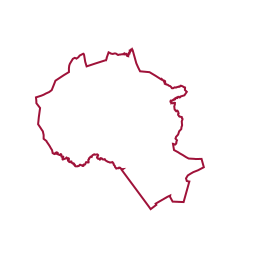 Veselavas pag., Priekulu, Latvia, rotated 310°
{"feature_id": "27541924B69418536197528", "entity_name": "Veselavas pag.", "entity_type": "district", "adm_level": 2, "iso_a3": "LVA", "parent_name": "Latvia", "parent_adm1": "Priekulu", "projection": "orthographic", "projection_center": [25.543, 57.263], "detail": "fine", "context": "isolated", "style": "outline", "palette": "rose", "viewbox_px": 256, "rotation_deg": 310, "n_neighbors": 0, "source": "geoboundaries", "source_scale": "gbopen_adm2", "svg_char_len": 5589}
<svg xmlns="http://www.w3.org/2000/svg" viewBox="0 0 256 256"><g transform="rotate(310 128 128)"><path d="M60.3,86.5L60.6,87.1L60.6,88.1L60.7,88.3L61.5,88.3L61.7,88.6L61.8,89.3L62.0,89.5L62.2,89.4L62.3,88.9L62.7,88.6L63.4,88.9L63.6,89.1L63.7,90.1L63.7,90.3L62.7,90.8L62.7,91.1L63.1,91.8L63.2,92.7L63.4,93.0L64.7,93.2L64.9,93.6L64.8,94.0L64.6,94.2L63.5,95.1L63.3,95.6L63.4,95.9L64.2,96.3L64.4,96.7L64.3,97.0L62.6,97.4L62.0,97.9L61.9,98.2L62.1,98.4L64.7,99.9L65.6,99.8L65.9,99.9L65.9,100.1L65.4,101.5L65.4,101.8L65.7,102.0L66.2,101.7L66.5,101.7L66.6,101.9L66.6,102.2L66.5,102.5L65.8,103.0L64.5,102.9L64.4,103.0L64.7,103.6L64.7,104.0L64.3,104.5L64.2,104.7L64.2,105.0L64.8,105.4L65.8,105.8L65.9,106.1L65.2,106.6L65.5,107.1L65.4,107.3L65.2,107.9L65.4,108.3L65.9,108.8L66.0,109.1L66.0,109.3L65.3,109.5L65.1,109.8L65.1,110.0L65.7,110.6L65.7,110.8L65.6,111.1L64.9,111.7L64.9,112.3L65.0,112.6L66.1,113.9L66.6,114.0L66.9,114.5L67.3,114.7L67.7,114.8L68.8,114.7L69.1,114.9L69.4,116.1L69.6,116.5L69.9,116.7L69.9,116.9L69.7,117.3L69.7,117.5L70.0,118.0L70.4,118.2L70.6,118.2L71.3,117.6L71.6,117.6L72.1,118.3L72.3,118.5L72.8,118.5L74.2,118.0L75.0,117.9L75.1,118.1L75.2,118.5L76.0,119.7L76.3,119.9L76.7,119.7L77.3,118.7L77.7,118.4L78.1,118.1L78.7,118.3L79.1,118.2L79.6,117.6L80.7,117.9L81.9,117.7L82.2,117.9L82.3,118.1L82.3,118.6L82.4,118.8L83.9,118.3L84.8,118.5L86.1,119.0L86.1,119.5L86.4,119.9L88.1,121.5L88.1,122.2L88.0,122.6L87.5,122.9L85.7,123.0L85.4,123.4L85.3,123.7L85.5,124.0L85.5,124.3L85.3,124.6L85.2,125.0L86.0,125.5L86.1,125.8L85.8,126.3L85.7,126.8L85.9,126.9L87.4,126.5L87.6,126.8L87.7,127.1L87.6,127.4L87.9,127.8L87.9,128.0L87.6,128.5L87.7,128.9L88.1,129.5L89.1,130.1L89.2,130.5L88.7,131.3L88.7,131.7L89.0,133.0L89.0,133.8L89.2,134.4L89.5,134.9L89.9,136.3L90.0,136.5L90.6,136.9L91.0,137.5L91.3,137.7L91.8,137.8L91.9,138.1L91.6,138.8L91.7,139.2L91.6,139.5L91.2,139.9L91.2,140.3L90.6,140.9L90.6,142.0L89.8,143.1L89.7,144.3L88.8,144.4L89.2,144.5L89.5,144.8L89.4,145.1L90.3,145.6L90.8,146.4L91.9,146.6L91.9,147.0L92.2,147.2L92.5,147.6L92.5,147.9L92.2,148.3L92.3,148.9L92.9,150.2L93.3,150.6L91.8,150.3L81.1,194.9L80.4,197.5L87.3,199.1L87.8,197.8L100.5,202.4L103.4,203.7L102.3,204.4L100.3,209.5L107.0,218.2L126.4,209.4L125.9,208.6L125.2,207.1L126.7,204.8L130.1,204.3L133.2,205.3L136.2,206.4L140.6,208.8L146.7,211.3L151.6,204.2L147.8,199.9L147.1,198.8L143.6,194.1L143.0,191.2L142.5,187.4L141.8,183.7L141.7,182.3L141.4,180.8L140.7,177.4L144.8,172.6L145.1,173.1L145.3,174.4L145.6,174.8L147.0,174.9L147.8,174.6L148.1,174.1L150.1,173.4L150.4,171.2L152.1,170.5L155.2,170.6L158.4,169.3L161.4,169.5L163.2,168.3L163.7,168.2L165.0,167.6L166.3,166.2L167.1,165.5L167.3,165.3L167.3,165.2L167.5,165.0L168.4,164.6L169.5,164.3L169.9,164.0L170.2,163.6L170.1,163.2L170.4,162.9L170.5,162.6L170.8,162.3L170.7,162.2L170.8,161.9L170.6,161.6L170.6,161.4L170.4,160.9L169.8,160.2L169.8,159.5L170.2,158.9L170.2,158.1L170.6,157.6L171.1,157.3L171.7,157.4L172.9,155.6L172.9,154.5L171.8,154.2L171.9,153.2L172.2,152.8L172.1,152.0L172.6,151.3L173.3,150.6L174.2,149.6L176.1,148.8L177.4,147.8L177.1,147.2L175.8,146.6L175.3,145.8L175.5,145.7L175.4,145.3L175.2,145.3L174.9,145.2L175.1,145.0L175.0,144.9L175.3,143.9L175.5,143.9L175.6,143.5L175.8,143.4L175.9,143.7L176.7,143.4L176.8,143.7L176.7,143.9L176.8,144.0L177.4,144.2L177.6,144.4L177.9,144.3L178.7,144.5L178.7,144.8L179.5,145.2L179.8,145.5L180.1,145.5L180.2,145.3L180.4,145.5L180.7,145.3L181.1,145.5L181.5,145.6L181.6,145.4L181.7,145.5L181.9,145.4L182.5,145.6L182.5,145.8L182.5,146.1L182.7,146.5L183.3,146.3L184.0,146.3L184.5,146.8L184.5,147.8L184.6,148.0L185.2,148.2L185.9,148.0L189.3,150.2L193.5,149.8L193.6,148.6L193.7,147.2L194.1,146.8L195.5,145.9L195.7,145.5L195.4,144.8L195.1,144.5L195.1,143.2L194.4,141.3L194.3,141.2L194.0,141.4L193.0,141.0L193.1,140.8L192.3,140.2L191.9,140.2L191.1,139.3L190.5,139.2L189.7,138.7L189.5,138.1L189.0,137.5L187.8,137.2L187.1,136.6L186.7,136.0L186.8,135.7L187.1,134.9L187.1,134.2L187.2,133.5L186.8,132.3L186.6,131.9L186.6,131.5L186.7,131.2L186.6,130.6L186.2,130.0L186.2,129.2L185.7,128.7L185.6,128.3L185.5,127.7L186.3,127.0L186.5,127.2L186.8,127.0L186.9,126.7L187.1,126.9L187.7,126.3L187.7,126.0L187.5,125.6L187.6,125.3L187.5,125.1L186.9,125.2L187.1,124.7L187.1,123.9L187.2,122.3L186.6,122.4L185.7,115.5L184.6,108.6L179.2,100.8L180.9,96.9L182.9,92.8L190.5,81.7L191.1,80.3L190.9,80.3L190.8,80.5L190.7,80.9L190.6,81.0L190.4,80.8L190.4,80.6L189.7,80.4L189.5,80.1L189.5,79.7L189.3,79.7L189.3,79.8L189.3,80.1L188.7,80.6L188.1,80.3L188.1,80.0L188.3,79.9L188.2,79.7L187.7,80.1L187.3,80.7L187.0,81.0L186.7,80.9L186.3,80.4L186.1,80.4L185.6,81.2L184.9,80.7L184.7,80.6L184.2,81.5L183.9,81.5L183.7,81.4L183.8,81.2L183.7,81.2L183.5,81.4L183.3,81.8L183.1,82.0L182.7,81.2L182.7,80.7L183.6,79.1L182.7,78.6L182.6,78.4L183.0,77.6L182.9,77.4L182.6,77.5L182.0,77.9L181.9,77.8L181.9,77.7L182.2,77.2L181.7,77.2L181.6,76.7L180.9,76.4L180.0,75.4L179.5,75.1L178.7,74.2L177.7,73.6L177.5,73.3L177.6,73.0L177.3,72.2L177.4,71.7L177.3,71.2L177.0,70.5L176.4,69.7L175.3,69.0L174.7,68.4L173.8,66.5L173.9,65.9L173.7,65.3L173.5,64.5L167.7,66.7L167.5,67.0L165.8,67.6L165.7,67.4L156.4,61.5L148.6,56.7L151.2,52.7L155.8,47.3L156.3,46.2L156.2,46.0L152.4,44.4L150.3,44.5L148.0,43.9L147.9,43.2L147.5,42.1L145.5,41.3L139.8,42.2L138.0,42.9L135.7,44.4L132.9,46.8L127.0,44.8L117.6,42.0L115.3,42.8L108.0,45.2L104.9,44.5L101.6,42.9L99.3,42.0L97.0,40.8L92.3,37.8L90.1,40.1L88.1,41.9L86.8,47.8L79.0,52.7L73.1,56.7L71.8,61.2L71.3,62.7L70.7,64.9L68.4,67.9L65.5,70.3L65.6,73.9L65.3,74.4L64.2,78.3L63.6,80.2L63.2,81.1L62.2,84.1L60.3,86.5Z" fill="none" stroke="#9f1239" stroke-width="2"/></g></svg>